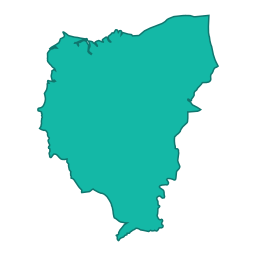 Mitsinjo, Boeny, Madagascar (Albers equal-area conic projection)
{"feature_id": "10022922B34339999190032", "entity_name": "Mitsinjo", "entity_type": "district", "adm_level": 2, "iso_a3": "MDG", "parent_name": "Madagascar", "parent_adm1": "Boeny", "projection": "albers", "projection_center": [45.923, -16.15], "detail": "fine", "context": "isolated", "style": "filled", "palette": "teal", "viewbox_px": 256, "rotation_deg": 0, "n_neighbors": 0, "source": "geoboundaries", "source_scale": "gbopen_adm2", "svg_char_len": 5667}
<svg xmlns="http://www.w3.org/2000/svg" viewBox="0 0 256 256"><path d="M118.4,240.6L119.0,240.3L119.5,239.2L121.1,237.9L123.3,237.1L123.9,236.7L124.8,235.4L126.8,234.8L127.0,234.5L127.1,233.3L129.1,233.2L129.5,233.1L130.4,231.8L131.4,231.3L132.4,230.4L134.7,229.3L135.9,228.3L137.0,228.3L138.6,228.7L140.6,229.9L143.1,230.3L148.7,231.5L150.5,230.3L151.2,230.5L151.9,230.9L154.2,230.7L154.6,230.3L155.8,230.8L156.6,231.0L157.3,230.7L157.7,230.3L159.2,227.9L160.5,227.8L161.2,227.9L162.5,227.4L162.8,227.0L163.1,226.0L162.9,225.3L161.9,224.6L161.7,223.9L161.8,222.5L162.6,221.1L162.6,220.5L162.4,220.0L162.2,219.6L161.5,219.3L160.3,219.8L159.5,219.6L158.5,218.8L157.5,216.8L157.2,215.9L157.1,215.4L157.6,213.8L157.8,211.5L157.9,208.5L159.6,206.7L159.7,206.1L159.3,205.6L158.6,205.3L158.1,204.8L157.9,201.3L156.9,199.4L156.8,198.3L156.9,197.8L157.3,197.1L158.6,196.2L159.6,196.0L160.3,196.3L161.9,197.8L162.5,198.1L164.2,197.8L164.6,196.7L164.1,194.2L164.1,192.7L163.8,191.0L163.0,189.9L160.7,188.4L159.7,187.6L159.5,187.3L159.4,186.5L160.1,185.7L161.7,185.1L165.8,184.7L166.9,184.9L167.5,184.7L167.9,184.3L168.3,183.7L168.5,182.7L167.9,181.4L166.7,179.7L167.1,179.0L167.5,178.6L168.0,178.5L170.3,178.6L172.8,179.3L173.7,179.8L174.5,180.0L175.0,179.9L175.5,179.5L175.9,178.0L176.5,171.9L176.7,171.3L179.1,168.6L179.7,167.3L179.8,166.3L178.3,162.6L177.7,160.5L178.7,153.1L178.4,150.9L178.5,150.2L177.6,148.9L176.1,148.8L175.3,148.4L175.2,146.2L174.7,144.4L174.4,141.3L174.4,139.0L174.7,136.6L175.6,136.0L176.1,135.3L177.5,134.1L178.1,133.7L179.4,132.4L180.3,131.2L180.4,130.5L181.1,129.1L182.7,126.8L187.1,122.6L187.5,121.7L187.8,118.2L187.8,112.0L197.7,111.2L199.6,110.4L200.7,109.6L197.5,107.5L192.5,104.9L191.4,103.5L190.8,102.5L190.1,101.8L188.1,100.5L187.8,100.0L187.8,99.3L188.0,99.1L188.7,99.2L190.3,100.5L191.2,100.7L191.4,100.6L191.5,99.5L191.6,99.0L193.3,96.8L194.1,95.3L194.1,92.9L194.5,92.0L195.1,91.2L196.6,90.0L197.8,87.9L199.4,86.3L201.4,84.1L202.4,82.6L206.4,82.5L208.7,82.0L209.8,81.3L210.5,80.4L210.8,79.2L210.6,76.6L210.7,75.5L211.0,74.3L212.0,73.3L213.0,71.5L213.2,70.5L214.3,68.4L215.3,67.6L216.7,67.1L218.1,66.1L216.1,62.2L214.9,59.5L213.3,54.6L211.6,46.4L210.8,44.4L209.9,40.7L209.4,36.9L209.0,35.7L208.5,32.6L208.4,26.5L208.9,15.4L194.8,16.8L193.7,16.7L190.2,15.6L185.4,15.5L182.8,15.6L173.8,16.6L168.8,18.6L167.2,19.5L165.0,21.7L162.1,23.5L150.2,28.1L144.5,30.9L139.0,35.5L132.5,35.9L132.0,35.1L131.5,34.6L128.1,34.1L122.6,32.5L121.9,34.1L121.2,34.9L121.6,32.4L121.6,31.7L121.2,30.9L120.7,30.6L119.5,30.7L118.3,32.4L117.8,30.9L117.3,30.1L116.6,29.8L115.6,29.9L113.8,32.9L112.4,32.9L111.9,33.0L110.8,34.4L108.3,36.4L108.2,37.1L108.5,39.0L109.0,40.0L110.8,41.7L110.8,42.0L110.6,42.1L109.9,41.9L108.7,41.0L108.2,40.1L107.3,38.2L106.8,37.4L106.4,37.1L106.0,37.1L103.1,39.1L102.5,39.7L102.4,40.0L102.4,40.4L103.3,41.7L103.4,41.9L103.3,42.1L101.8,41.8L98.8,40.5L96.7,41.2L95.5,41.9L95.2,42.3L95.9,43.3L95.9,43.6L97.0,45.0L97.3,45.7L97.3,46.2L97.1,46.2L94.0,43.0L93.4,43.1L92.6,41.9L91.2,41.4L89.4,41.1L88.4,41.1L89.3,42.8L89.8,44.3L90.0,45.6L89.9,46.6L88.8,49.2L88.7,50.6L88.9,51.3L89.4,51.9L91.6,53.7L91.1,54.4L89.0,52.9L88.0,51.6L88.6,45.7L88.4,44.8L87.4,43.4L86.6,41.8L85.8,41.1L84.4,40.5L83.5,40.5L82.1,41.1L80.2,42.3L80.0,42.1L79.6,42.2L78.0,43.2L77.9,43.5L78.6,45.3L78.3,45.8L77.2,44.0L77.5,42.6L75.9,43.1L74.7,43.2L75.0,42.6L76.1,42.7L76.6,42.5L78.8,41.5L83.3,39.7L85.2,39.9L87.3,40.5L87.5,40.4L87.5,40.2L87.0,38.8L86.3,38.6L85.4,38.9L84.8,38.8L80.3,38.1L77.7,37.5L74.3,37.1L68.5,35.6L66.3,33.8L64.1,32.3L63.5,32.0L63.1,32.0L63.0,32.3L64.4,35.1L64.3,36.3L63.9,37.0L62.3,38.0L60.6,38.7L60.3,39.1L59.7,41.1L58.6,43.1L57.7,43.4L56.5,44.4L51.4,47.3L49.8,48.7L49.9,48.8L50.2,48.8L51.0,48.3L54.7,46.5L55.2,46.5L56.2,47.2L57.0,48.1L55.2,48.0L55.2,47.6L55.0,47.3L52.8,48.7L50.7,49.1L49.0,51.0L47.8,52.7L47.5,53.4L47.6,57.2L47.4,58.3L47.6,58.9L47.5,60.7L47.9,61.7L49.7,64.0L51.0,65.2L52.4,67.0L54.5,68.5L55.3,70.1L55.4,70.5L54.1,69.5L51.9,70.9L51.9,72.8L51.5,74.3L51.2,75.9L51.3,76.8L52.1,79.9L52.4,80.3L52.9,80.5L54.3,80.1L55.4,81.2L54.0,81.8L49.3,80.9L48.1,80.5L47.8,80.7L47.6,81.7L48.8,83.2L47.4,83.3L47.2,84.3L47.3,85.9L47.0,88.1L46.5,89.9L44.4,93.5L44.9,95.3L45.4,98.1L45.4,99.6L45.0,101.8L44.0,104.5L43.1,106.0L42.5,106.7L41.1,107.6L38.4,108.3L38.0,108.8L37.9,109.5L38.0,110.5L38.3,110.9L39.8,111.2L41.2,111.8L41.6,112.5L41.5,113.2L42.1,114.2L42.1,114.5L41.6,115.3L42.3,117.4L41.7,118.4L41.7,119.2L41.4,121.1L41.5,123.8L41.1,125.3L41.0,126.3L39.6,128.5L41.3,129.5L43.6,130.3L45.1,130.3L46.0,130.8L46.8,131.8L47.6,133.0L47.5,134.1L47.7,135.8L48.4,137.0L49.2,137.8L49.3,138.1L49.0,139.0L48.3,139.9L48.1,140.8L48.7,142.7L49.6,144.5L49.6,145.8L48.8,146.4L48.5,147.4L48.7,148.3L49.7,148.7L49.9,149.8L49.9,151.4L49.3,152.6L49.1,153.4L49.7,155.9L49.7,156.8L50.5,157.5L51.2,157.4L53.5,154.4L53.9,154.1L54.8,154.1L56.0,154.3L57.0,155.0L57.9,155.9L59.1,157.3L60.6,158.7L61.3,159.1L62.3,159.4L64.8,159.5L67.0,159.0L66.9,162.0L68.7,164.2L68.5,165.4L68.6,166.4L69.3,169.7L70.8,171.7L70.6,173.4L70.7,175.4L71.2,176.2L71.1,178.1L72.6,178.5L73.9,179.6L78.2,186.0L79.3,187.5L81.7,190.0L81.8,190.9L81.5,191.9L81.8,192.6L89.4,191.6L90.5,190.9L91.6,189.9L93.1,189.0L94.2,189.9L98.2,192.1L100.9,193.2L102.1,193.3L103.6,193.9L105.0,194.8L107.0,196.6L109.1,199.8L110.6,202.4L111.5,204.5L111.6,205.7L112.2,206.8L113.0,210.8L113.3,213.8L113.9,216.7L114.3,217.8L116.1,218.8L119.1,221.2L120.6,222.0L123.2,222.4L124.7,222.8L127.1,222.9L124.2,224.8L122.3,227.3L120.1,229.9L118.7,232.5L118.6,233.9L118.2,234.6L116.4,235.2L116.3,235.5L117.0,235.7L117.0,236.3L117.3,237.1L117.2,238.3L117.4,239.4L117.8,240.0L118.4,240.6Z" fill="#14b8a6" stroke="#0f766e" stroke-width="1.5"/></svg>